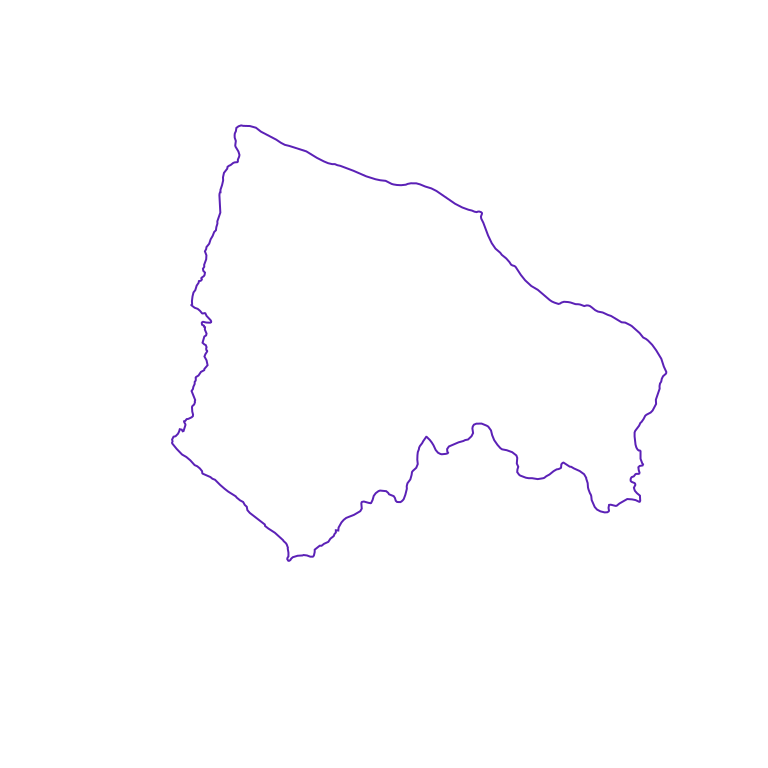 Nakfa, Semenawi Keyih Bahri, Eritrea, rotated 308°
{"feature_id": "51966322B11242853993597", "entity_name": "Nakfa", "entity_type": "district", "adm_level": 2, "iso_a3": "ERI", "parent_name": "Eritrea", "parent_adm1": "Semenawi Keyih Bahri", "projection": "natural_earth1", "projection_center": [38.262, 16.728], "detail": "fine", "context": "isolated", "style": "outline", "palette": "violet", "viewbox_px": 768, "rotation_deg": 308, "n_neighbors": 0, "source": "geoboundaries", "source_scale": "gbopen_adm2", "svg_char_len": 6166}
<svg xmlns="http://www.w3.org/2000/svg" viewBox="0 0 768 768"><g transform="rotate(308 384 384)"><path d="M204.5,309.8L203.6,317.0L203.3,322.8L203.3,327.5L204.2,336.3L203.8,337.9L203.7,342.2L204.3,345.7L203.0,348.7L202.8,351.4L200.5,354.0L199.8,357.6L199.9,376.6L198.9,377.7L198.9,381.8L199.6,389.6L198.8,400.6L198.4,401.6L198.2,404.5L197.7,406.1L195.8,409.1L195.1,409.4L192.2,412.6L189.2,414.9L187.9,414.9L186.5,415.5L185.8,417.3L186.1,418.0L187.5,418.6L189.3,418.4L191.4,418.8L195.5,421.7L198.7,425.3L199.7,425.9L201.5,428.9L202.5,432.1L203.8,433.9L204.5,434.4L205.8,434.3L208.8,432.9L210.8,431.4L217.0,432.9L218.1,434.4L221.1,435.1L225.3,437.3L229.1,437.0L233.3,438.0L235.1,437.4L237.3,437.5L239.1,436.1L240.4,438.2L242.9,436.6L248.7,435.7L252.2,435.9L255.3,436.7L262.4,440.9L269.2,443.6L272.1,443.2L275.9,439.7L277.0,439.2L277.6,439.3L279.0,440.5L280.8,444.9L281.8,446.8L282.3,447.1L285.6,446.4L289.5,444.8L292.9,444.7L296.2,445.6L297.6,446.5L300.9,451.7L300.8,454.3L300.2,455.9L301.6,460.7L300.9,462.8L299.2,465.2L299.1,467.0L301.0,469.6L302.2,470.1L304.0,470.4L305.5,470.4L309.9,469.0L315.5,466.5L317.5,464.8L320.2,463.6L325.0,463.5L329.4,461.7L331.8,460.3L333.1,460.2L337.8,461.0L341.7,459.9L344.9,456.8L348.5,454.2L351.1,452.6L354.0,451.7L355.4,450.9L357.2,450.5L360.8,450.5L363.0,450.1L368.4,449.8L368.6,450.1L368.1,454.6L367.3,457.7L366.2,460.7L363.8,465.4L363.1,468.9L363.6,471.5L364.2,472.8L367.1,475.8L368.5,476.8L369.3,476.8L369.8,475.4L371.6,473.8L374.7,473.6L384.0,478.7L387.9,481.6L389.8,482.5L392.0,484.4L396.7,485.1L400.2,484.4L403.4,481.0L405.2,480.1L407.3,479.9L409.6,481.2L412.9,485.3L414.4,490.6L414.6,492.4L413.3,496.9L410.3,500.7L407.6,505.4L405.9,510.9L405.1,515.2L405.2,517.2L407.4,521.5L409.2,527.0L409.2,532.3L407.8,534.5L403.1,537.6L401.4,540.8L398.9,541.7L396.6,543.2L395.7,546.2L395.7,547.7L397.5,553.5L398.9,556.1L401.0,558.8L403.7,563.7L407.7,567.4L408.8,568.1L411.3,568.7L414.5,570.1L419.7,571.3L423.0,572.6L424.5,574.0L426.5,575.0L427.1,575.0L429.9,573.2L431.8,573.3L432.6,573.9L433.2,581.2L434.0,582.5L434.4,585.6L435.9,591.8L436.1,597.2L434.5,601.2L434.0,601.5L431.3,605.5L428.1,608.4L426.8,610.1L424.5,613.9L424.3,614.8L423.3,616.3L420.4,619.1L416.8,625.8L416.2,629.2L416.9,633.0L418.7,637.0L420.5,639.0L422.0,639.5L422.8,639.2L424.6,637.2L427.3,635.8L428.5,637.0L430.5,641.5L431.3,642.3L434.8,643.1L443.1,646.5L445.8,650.5L447.4,653.7L448.3,657.7L448.7,658.0L449.7,657.8L453.6,654.4L453.7,650.5L454.3,647.5L454.9,646.5L456.1,644.8L459.2,644.2L460.0,643.3L460.2,642.4L459.3,639.3L459.5,638.1L460.3,637.3L461.6,636.6L463.1,636.5L465.0,637.7L467.8,637.7L468.6,638.2L469.9,639.9L470.6,640.3L471.5,639.9L473.0,637.7L475.0,635.7L476.8,635.9L479.0,637.9L480.2,637.6L480.5,636.3L483.0,632.2L489.0,627.5L489.1,626.5L488.4,625.6L488.5,624.1L489.3,622.0L491.1,619.5L496.9,613.8L500.1,611.3L501.8,610.8L508.2,610.7L511.1,610.0L512.7,610.3L516.2,610.1L519.9,609.4L521.5,609.8L525.7,611.7L528.5,612.0L535.8,610.7L539.0,607.9L550.0,604.1L552.0,602.4L554.3,601.2L556.5,601.0L559.1,599.7L561.9,599.1L565.6,599.8L566.5,599.6L567.4,598.9L570.0,593.8L574.6,587.0L578.1,577.8L580.0,571.2L580.8,565.2L580.8,562.7L580.2,559.6L581.5,554.1L582.2,543.6L582.0,541.8L580.9,536.3L578.9,533.2L577.4,521.0L576.3,517.9L575.0,512.3L572.8,508.0L572.2,504.9L572.3,500.6L572.2,498.2L571.7,496.8L570.8,495.4L568.7,493.8L567.4,489.7L566.6,488.2L564.8,485.7L563.1,480.9L561.9,478.6L559.6,475.2L557.4,473.7L556.0,473.3L554.5,472.2L553.1,468.3L552.4,465.6L552.2,462.8L552.9,447.3L551.9,439.8L552.6,431.4L554.2,424.7L557.3,415.6L557.3,414.2L556.5,412.1L556.3,410.7L557.3,407.8L558.2,403.0L558.3,397.3L559.0,394.8L559.3,388.5L561.3,382.2L565.1,374.6L572.2,363.0L574.2,358.8L575.6,357.3L578.5,356.4L579.1,355.8L579.2,354.8L578.5,352.8L577.7,351.9L576.5,351.2L575.5,349.2L574.8,346.5L573.3,343.2L571.3,337.0L569.8,329.1L568.4,306.5L567.3,300.9L565.0,294.9L563.5,289.5L562.0,285.9L558.7,281.6L556.3,279.5L554.5,278.5L551.2,275.1L548.8,271.7L547.1,268.6L546.4,266.9L545.1,260.2L542.3,255.7L540.1,251.2L536.7,242.1L533.2,228.6L529.0,215.2L527.7,212.5L527.0,209.9L525.4,207.9L523.6,204.0L522.4,199.6L520.9,191.9L519.5,179.6L513.3,162.8L511.4,158.6L510.6,154.2L510.2,148.6L507.1,131.7L507.1,125.3L504.7,119.5L500.8,114.2L499.8,112.2L497.5,110.7L494.9,110.0L492.1,111.6L489.6,112.2L488.1,113.1L486.2,114.7L484.3,117.6L480.4,119.9L479.6,120.9L477.6,126.1L475.5,129.1L473.9,129.9L470.9,130.7L469.3,131.9L468.6,131.9L466.6,129.8L465.4,129.1L462.0,128.3L460.8,127.6L458.9,127.0L457.1,127.9L451.9,127.9L447.7,129.9L445.4,131.9L441.1,133.9L436.3,135.6L434.7,136.9L434.6,136.6L432.8,137.2L431.4,138.1L418.3,149.5L409.6,152.5L407.8,154.0L404.4,155.3L401.7,156.9L399.2,156.6L395.2,157.8L391.3,158.3L386.9,159.9L382.6,159.8L380.8,160.8L378.3,161.2L376.1,164.8L372.8,167.1L367.2,168.9L365.7,170.2L363.3,170.4L361.9,172.0L361.6,174.3L359.4,175.5L358.0,175.6L355.4,174.8L354.8,175.0L354.4,176.0L353.5,176.2L352.5,176.0L351.1,174.8L349.6,175.6L346.2,175.8L341.8,177.5L338.9,177.5L335.1,179.2L331.1,181.6L328.7,183.7L327.6,183.6L327.5,184.0L327.5,187.8L328.5,190.9L328.4,193.9L327.7,197.0L328.0,197.8L329.5,199.1L329.7,199.7L328.4,202.3L327.5,208.2L327.0,209.2L326.2,209.7L325.3,209.3L323.0,206.1L321.6,203.1L320.8,202.7L319.9,202.8L318.7,204.1L319.1,206.2L318.3,206.8L318.6,208.0L316.6,209.3L314.5,213.1L312.8,213.9L310.8,213.2L304.8,215.6L304.6,218.0L304.9,219.6L303.8,221.5L302.8,221.8L301.5,222.9L301.3,224.1L300.8,224.6L297.4,224.9L295.1,225.6L293.4,229.6L290.2,233.4L285.3,233.2L284.2,233.8L280.8,232.3L276.5,232.6L273.8,231.6L272.8,231.8L272.3,232.5L270.7,233.5L269.2,233.5L267.4,234.8L264.4,235.5L262.5,236.5L260.0,236.7L255.1,245.1L253.9,245.5L253.4,246.2L251.0,247.0L248.6,246.6L247.6,246.9L244.2,249.9L242.3,252.4L240.9,253.2L239.3,252.9L236.1,251.3L234.8,250.1L232.5,250.1L231.5,249.4L230.9,250.1L230.0,252.3L229.4,252.8L223.5,255.0L222.8,254.5L223.5,252.7L222.6,250.9L220.4,251.8L217.9,252.3L214.5,251.9L212.9,250.6L209.8,251.2L208.6,252.7L207.1,253.2L206.7,254.0L205.2,260.6L204.1,268.3L204.8,273.2L204.6,278.4L203.5,284.7L204.2,287.5L204.1,290.9L203.3,294.3L201.8,295.8L201.7,296.3L203.8,304.5L203.7,307.1L204.5,309.8Z" fill="none" stroke="#5b21b6" stroke-width="2"/></g></svg>